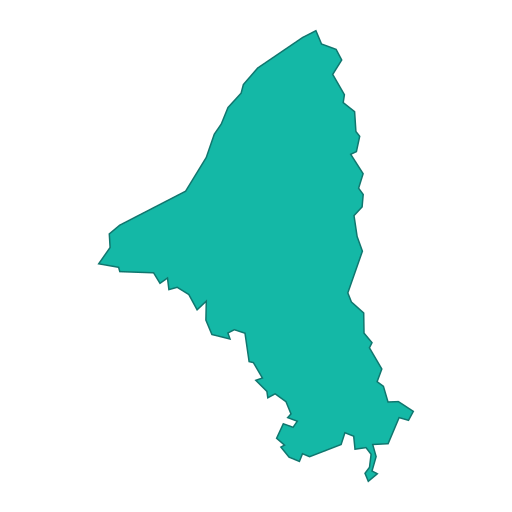 Brazos, Texas, United States of America
{"feature_id": "52423323B4274675521661", "entity_name": "Brazos", "entity_type": "district", "adm_level": 2, "iso_a3": "USA", "parent_name": "United States of America", "parent_adm1": "Texas", "projection": "orthographic", "projection_center": [-96.277, 30.652], "detail": "fine", "context": "isolated", "style": "filled", "palette": "teal", "viewbox_px": 512, "rotation_deg": 0, "n_neighbors": 0, "source": "geoboundaries", "source_scale": "gbopen_adm2", "svg_char_len": 1284}
<svg xmlns="http://www.w3.org/2000/svg" viewBox="0 0 512 512"><path d="M315.9,30.7L302.6,37.5L257.7,68.0L243.4,84.5L241.1,93.2L228.0,107.5L221.3,124.0L214.3,134.2L206.3,157.4L185.6,191.2L119.7,225.2L109.3,233.9L110.1,247.5L98.7,263.8L118.6,267.3L119.8,271.6L153.6,272.8L160.0,283.3L167.5,278.0L168.9,289.6L177.2,287.3L188.8,294.5L197.1,309.8L206.3,301.1L205.9,320.1L211.9,334.5L230.0,339.0L227.9,333.0L234.3,329.7L245.0,333.2L249.1,361.6L253.4,362.6L262.4,378.0L255.8,380.3L266.9,391.4L267.8,397.8L275.1,393.8L286.0,401.7L291.0,413.9L287.7,417.6L297.3,421.2L293.1,427.3L283.3,423.8L276.6,438.3L284.5,445.1L280.9,447.1L289.1,457.2L299.4,461.4L302.5,453.7L309.6,456.7L341.1,444.5L344.9,432.7L353.7,436.2L355.0,449.2L366.0,447.6L371.1,454.3L369.5,467.3L365.0,473.3L368.3,481.3L377.3,473.8L372.0,471.0L376.1,456.6L372.7,444.5L388.1,443.7L399.1,417.6L408.5,420.3L413.3,411.4L398.4,401.6L388.0,402.0L383.4,386.3L377.1,381.7L381.8,369.0L369.4,347.8L372.0,342.7L364.0,333.1L363.7,313.0L351.4,302.0L347.8,292.9L362.4,251.2L357.1,236.5L354.0,215.6L362.1,206.9L363.2,194.5L358.6,188.2L363.1,173.7L350.7,154.3L356.4,151.6L359.7,136.3L355.9,131.5L354.6,111.7L343.2,102.6L344.4,94.7L332.7,74.4L341.7,60.0L336.1,49.4L321.5,44.0L315.9,30.7Z" fill="#14b8a6" stroke="#0f766e" stroke-width="1.5"/></svg>